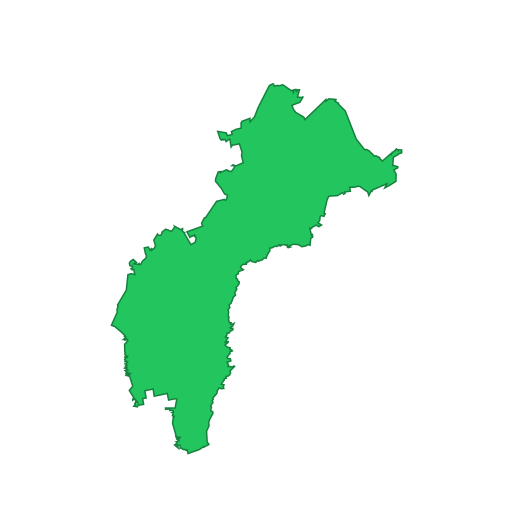 Ocozocoautla de Espinosa, Chiapas, Mexico, rotated 242°
{"feature_id": "50627088B54254401995416", "entity_name": "Ocozocoautla de Espinosa", "entity_type": "district", "adm_level": 2, "iso_a3": "MEX", "parent_name": "Mexico", "parent_adm1": "Chiapas", "projection": "robinson", "projection_center": [-93.582, 16.795], "detail": "fine", "context": "isolated", "style": "filled", "palette": "green", "viewbox_px": 512, "rotation_deg": 242, "n_neighbors": 0, "source": "geoboundaries", "source_scale": "gbopen_adm2", "svg_char_len": 6090}
<svg xmlns="http://www.w3.org/2000/svg" viewBox="0 0 512 512"><g transform="rotate(242 256 256)"><path d="M376.6,279.4L374.6,279.8L374.7,281.2L373.9,281.4L373.6,283.3L371.0,283.3L371.8,287.3L371.2,287.7L363.9,285.2L364.9,287.2L362.8,294.0L354.2,292.4L351.4,290.3L344.4,288.5L345.0,280.4L347.3,278.5L347.1,277.3L346.1,279.2L344.3,278.5L342.2,274.0L344.1,271.3L344.7,271.5L346.1,270.2L346.3,263.8L347.2,264.4L348.0,262.1L343.2,256.7L341.0,255.3L332.2,257.1L325.4,257.4L323.1,259.4L320.0,256.7L319.4,255.3L320.8,254.7L322.8,246.9L313.7,229.8L313.9,228.2L310.4,223.3L307.4,223.0L309.8,206.3L303.4,206.4L303.9,208.5L303.4,209.0L303.5,211.6L302.2,211.6L302.4,211.0L299.9,211.7L296.6,208.7L296.6,203.9L310.4,203.3L310.4,203.8L312.1,202.6L314.6,204.0L314.8,201.8L320.4,198.1L319.9,198.1L317.4,193.0L322.1,188.8L321.2,184.2L320.0,183.4L319.0,181.5L320.3,179.3L321.6,179.3L318.0,173.2L312.2,172.1L310.3,169.3L310.5,167.8L311.2,167.5L310.3,166.9L310.9,166.6L310.5,166.2L311.4,166.2L311.2,165.3L314.6,165.0L315.6,161.1L309.9,159.5L307.8,159.5L306.5,158.6L305.8,157.6L304.7,153.1L303.0,151.0L303.0,149.2L304.3,149.3L303.9,148.0L306.3,144.7L306.3,147.4L310.6,146.1L310.2,142.4L309.1,140.8L306.7,140.1L304.7,142.0L303.5,141.5L303.5,139.7L301.9,140.1L301.4,141.7L296.6,140.3L299.1,137.3L299.6,134.1L286.8,125.5L277.8,110.8L276.4,110.5L273.5,107.8L271.5,107.1L262.7,95.8L259.8,98.3L252.0,101.4L247.3,102.9L246.8,102.2L246.1,102.9L245.0,101.8L244.7,100.3L244.0,102.5L243.3,100.9L242.3,103.2L241.6,103.2L240.9,102.4L240.7,100.7L239.9,100.1L239.9,98.6L232.8,95.1L232.0,95.3L230.8,94.0L227.9,94.6L227.8,96.2L226.9,94.2L228.2,93.7L228.5,92.8L227.9,92.6L227.1,93.4L226.4,91.5L225.1,91.6L224.4,90.8L224.0,92.2L222.7,92.9L222.4,90.6L222.0,91.1L220.3,90.9L220.0,90.2L220.8,89.6L219.1,89.6L219.3,88.2L218.7,88.5L218.9,89.6L218.5,89.9L218.3,88.0L217.9,88.8L215.6,89.3L216.4,88.0L215.3,87.5L216.3,87.2L216.3,86.5L214.6,87.4L213.4,86.1L213.0,87.0L212.3,86.1L212.4,86.8L211.9,87.0L212.5,87.2L211.8,87.4L214.1,87.8L212.6,88.0L213.4,88.9L211.2,88.1L211.1,89.6L210.2,88.2L210.9,86.1L208.9,87.9L199.6,86.2L198.7,85.6L196.8,81.0L187.5,81.6L187.6,80.0L186.6,79.5L186.9,81.3L186.0,82.2L185.3,81.8L183.8,82.8L182.5,82.7L184.1,81.9L182.5,79.6L181.5,79.8L180.8,77.6L178.5,80.4L179.5,81.9L177.7,87.1L183.3,89.0L182.2,92.3L189.2,94.7L186.8,102.7L180.0,100.3L176.3,113.1L169.8,111.2L168.0,117.3L166.9,118.9L159.7,113.2L164.3,104.7L163.1,104.2L161.5,107.9L160.0,107.4L158.7,110.1L157.1,109.9L157.1,108.6L156.5,109.4L154.3,107.2L153.1,108.5L152.0,107.8L152.4,107.2L147.5,103.8L135.1,101.1L134.3,100.3L133.2,101.1L132.8,100.7L132.8,101.8L132.2,102.0L132.6,102.5L131.5,103.9L130.6,102.3L131.5,103.3L132.1,101.5L131.1,100.1L130.6,100.6L130.8,101.4L130.5,100.9L129.7,101.6L129.4,101.5L130.0,101.1L128.9,99.8L129.3,98.4L128.6,98.8L127.7,97.7L127.4,95.4L122.9,97.2L126.0,97.8L124.6,100.0L121.9,98.9L121.8,99.6L119.2,101.0L119.1,101.7L117.1,103.2L117.4,103.9L116.9,104.2L113.5,103.2L111.7,115.2L112.3,120.1L111.7,120.1L111.7,125.9L115.0,125.7L124.5,130.1L128.1,134.8L131.4,136.2L133.1,138.0L137.4,144.2L139.0,144.7L140.1,143.6L141.1,143.6L143.6,145.8L145.1,145.6L146.7,149.1L149.0,149.6L149.5,150.9L151.0,151.5L153.0,156.9L155.3,158.7L156.9,161.6L155.2,162.8L154.2,165.4L155.7,165.6L157.3,167.3L159.0,165.2L159.7,166.0L161.2,169.5L162.5,170.3L162.0,172.4L163.1,172.4L163.6,173.2L163.0,175.6L163.7,177.4L164.8,178.7L166.7,179.1L168.6,185.3L169.2,185.0L169.2,183.1L171.7,179.4L172.6,180.6L175.9,180.6L175.0,184.2L175.7,184.8L177.4,185.1L178.7,183.1L180.2,182.7L182.1,187.3L183.6,187.6L183.3,190.6L184.5,190.4L185.8,189.0L187.1,190.1L189.0,187.9L191.7,186.8L192.1,187.1L192.6,190.5L193.5,191.3L194.3,188.3L196.9,192.9L198.9,191.0L199.6,192.9L201.5,194.1L200.6,196.0L201.7,198.2L201.6,200.8L203.0,201.7L204.0,199.5L204.9,199.5L205.3,202.8L206.8,204.9L207.0,202.1L207.9,201.5L208.8,202.7L209.8,201.2L213.2,202.1L214.7,203.5L216.0,203.2L219.4,205.5L221.7,206.2L222.6,208.6L225.4,209.2L226.1,212.0L230.4,216.8L231.0,219.6L233.6,219.9L235.7,223.5L237.5,223.5L239.1,227.6L240.9,229.1L242.8,228.2L244.3,228.8L245.3,228.0L248.1,229.1L248.7,230.3L248.6,232.1L250.0,232.9L250.4,233.8L249.8,238.4L253.0,236.9L253.8,237.4L254.8,240.4L253.2,243.5L253.9,244.3L254.8,244.3L254.4,246.9L255.1,249.2L253.3,249.5L250.4,252.7L251.3,255.1L250.1,256.0L250.2,257.9L249.6,259.3L250.4,262.1L249.3,264.0L251.5,266.2L254.1,270.7L256.5,271.9L255.7,273.9L255.7,277.5L254.5,279.1L255.1,281.8L254.7,282.3L253.5,281.9L253.3,282.6L253.9,283.7L252.4,286.9L251.2,287.5L251.1,288.7L249.0,288.0L249.0,288.5L248.2,288.5L247.8,290.5L249.4,289.3L248.8,294.7L246.0,298.9L242.6,300.9L241.5,304.9L241.5,307.7L240.1,308.8L245.8,312.5L246.2,315.1L248.5,315.8L248.3,314.7L255.2,316.5L255.4,317.0L254.3,317.6L255.1,320.4L254.9,323.8L252.4,325.1L252.6,328.4L256.2,326.3L257.5,329.0L261.0,331.3L260.8,332.8L259.1,334.6L260.8,337.0L261.9,336.2L272.4,345.3L274.6,348.5L271.1,356.2L271.3,362.3L269.4,362.4L269.5,364.1L270.8,364.6L268.9,369.8L272.7,370.9L270.4,375.5L269.6,379.1L268.5,380.4L259.9,384.7L256.5,384.0L259.2,388.2L258.6,388.8L259.6,389.3L258.4,405.5L255.7,401.7L255.7,406.9L256.2,414.6L262.6,418.2L267.3,418.1L267.3,422.6L268.3,423.1L271.8,419.3L278.7,423.6L278.8,429.0L279.3,429.2L278.7,433.0L281.2,434.4L283.1,431.3L282.6,431.1L284.7,430.2L284.2,428.9L283.6,428.6L283.9,427.9L283.3,426.1L283.7,425.1L282.9,424.6L283.1,423.6L282.1,423.1L282.9,422.5L280.5,412.3L284.2,410.9L284.9,411.4L288.1,409.0L288.5,407.5L295.8,405.2L298.0,403.7L299.0,401.8L312.2,399.4L342.2,402.9L351.5,400.0L352.1,400.6L355.6,398.4L356.5,398.9L356.3,400.7L360.5,394.2L359.9,390.7L361.4,391.2L353.4,363.2L356.1,363.4L364.1,358.5L367.9,357.9L372.2,358.5L371.1,366.9L374.6,372.6L374.4,370.8L377.0,367.2L382.3,372.4L383.2,370.8L382.5,369.0L384.3,369.5L385.0,367.6L383.0,365.9L385.2,366.0L385.6,364.7L394.7,360.0L395.2,356.9L396.7,354.7L397.3,351.9L399.6,352.2L400.1,351.7L400.3,347.9L386.1,327.6L379.5,320.0L377.3,313.7L380.4,315.3L381.5,307.0L380.4,305.2L375.9,302.9L377.2,298.0L377.4,292.7L374.5,292.0L375.7,287.2L378.6,287.6L384.0,280.7L376.6,279.4Z" fill="#22c55e" stroke="#15803d" stroke-width="1.5"/></g></svg>